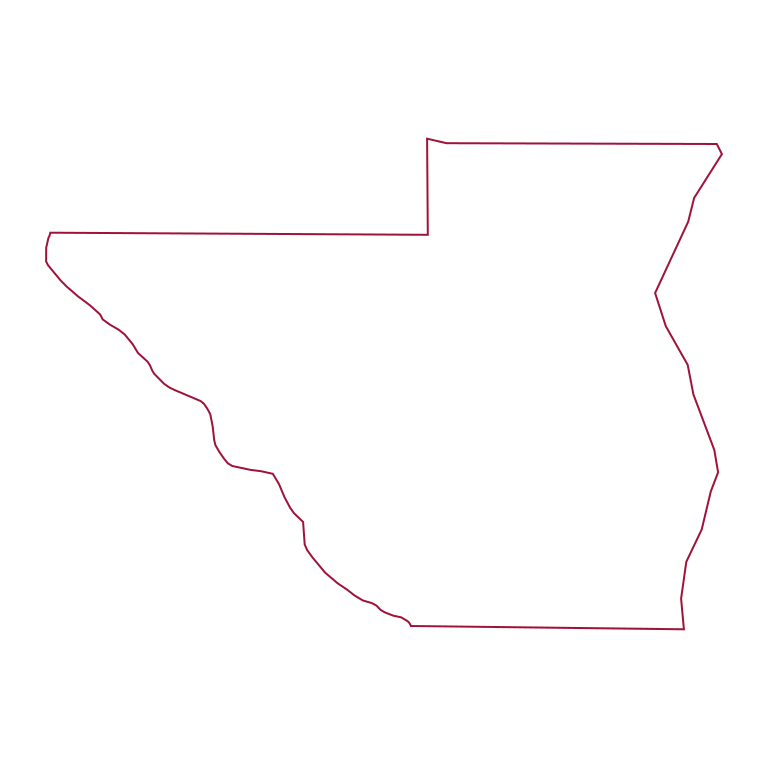 outline of Pike, Illinois, United States of America
{"feature_id": "52423323B65966089908040", "entity_name": "Pike", "entity_type": "district", "adm_level": 2, "iso_a3": "USA", "parent_name": "United States of America", "parent_adm1": "Illinois", "projection": "orthographic", "projection_center": [-91.041, 39.62], "detail": "fine", "context": "isolated", "style": "outline", "palette": "rose", "viewbox_px": 768, "rotation_deg": 0, "n_neighbors": 0, "source": "geoboundaries", "source_scale": "gbopen_adm2", "svg_char_len": 1100}
<svg xmlns="http://www.w3.org/2000/svg" viewBox="0 0 768 768"><path d="M694.1,198.0L721.9,154.1L716.8,144.0L446.5,143.2L427.1,138.7L427.8,234.8L50.3,232.7L49.5,235.8L48.4,238.0L46.2,247.7L46.1,261.4L48.0,265.2L60.5,280.3L66.8,286.7L78.3,296.6L89.8,305.2L99.2,313.6L100.3,314.7L102.7,319.4L110.0,324.7L118.8,329.8L124.8,334.6L132.7,344.2L138.0,353.0L147.8,361.9L150.2,365.8L152.2,370.5L154.1,373.7L164.1,383.8L169.2,387.4L174.8,390.1L200.7,401.1L204.0,403.8L207.3,408.7L210.2,414.0L210.5,415.5L212.7,426.5L214.2,440.0L215.4,445.1L219.4,452.0L223.6,458.1L227.8,463.3L232.3,466.0L250.6,469.9L261.0,471.2L272.8,473.8L279.0,484.1L284.6,497.4L290.1,507.7L293.8,513.0L303.1,522.0L304.7,544.5L307.2,550.2L312.6,557.6L325.1,572.6L337.5,583.2L347.3,589.8L354.3,595.3L362.7,600.4L371.8,603.1L376.3,605.5L380.7,610.0L384.9,612.4L393.4,615.7L401.1,617.3L407.5,621.1L409.0,622.5L410.3,624.6L410.9,626.0L683.9,629.3L681.1,598.6L686.3,561.8L701.7,529.5L710.8,491.4L718.1,472.3L714.3,450.0L693.4,394.4L687.7,364.9L665.8,326.2L655.1,293.0L688.2,221.7L694.1,198.0Z" fill="none" stroke="#9f1239" stroke-width="2"/></svg>